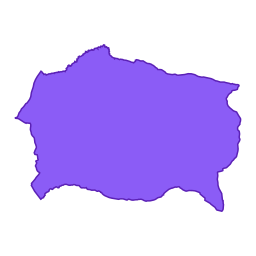 the district of Micfalau, Covasna, Romania
{"feature_id": "2599482B86222480171428", "entity_name": "Micfalau", "entity_type": "district", "adm_level": 2, "iso_a3": "ROU", "parent_name": "Romania", "parent_adm1": "Covasna", "projection": "natural_earth1", "projection_center": [25.868, 46.051], "detail": "fine", "context": "isolated", "style": "filled", "palette": "violet", "viewbox_px": 256, "rotation_deg": 0, "n_neighbors": 0, "source": "geoboundaries", "source_scale": "gbopen_adm2", "svg_char_len": 5614}
<svg xmlns="http://www.w3.org/2000/svg" viewBox="0 0 256 256"><path d="M232.5,160.7L233.4,160.1L234.6,158.4L235.6,157.7L236.5,156.6L237.9,150.9L238.1,148.9L237.7,144.5L237.9,143.7L239.5,140.9L239.9,139.6L239.8,138.9L239.3,137.9L239.2,137.0L239.6,134.0L239.3,131.8L239.1,131.1L237.9,130.0L237.6,129.3L237.6,127.7L238.0,126.6L239.9,124.3L239.9,122.9L240.5,121.0L240.6,119.1L240.4,118.4L238.3,115.1L236.6,112.0L233.4,110.8L229.7,107.7L228.0,105.8L227.3,104.1L227.1,102.1L227.2,101.5L227.2,101.1L226.5,99.9L226.3,98.6L226.4,98.0L227.2,97.1L228.1,95.2L229.4,93.7L230.9,92.7L231.5,92.1L231.8,91.0L232.9,90.4L234.9,90.2L236.8,89.6L237.4,89.3L237.8,87.5L238.3,86.6L239.0,85.9L238.9,85.3L238.7,85.0L237.8,84.6L235.3,84.6L234.8,84.2L234.3,84.3L233.3,84.1L232.6,83.6L231.2,83.9L230.7,83.9L229.2,83.3L226.2,82.7L224.2,82.1L220.4,82.1L217.0,81.0L215.5,80.8L213.0,79.4L211.0,78.6L203.5,77.0L201.9,77.2L198.0,76.4L194.9,74.7L191.4,73.8L188.1,73.7L184.8,74.5L178.3,75.2L177.1,75.1L175.7,74.4L174.9,74.2L172.2,74.6L167.5,73.9L165.9,73.1L165.0,71.9L161.7,69.8L160.9,69.6L157.8,69.5L156.9,68.2L155.4,67.4L155.2,67.0L153.4,65.5L152.1,64.9L151.6,64.4L149.4,63.6L147.9,63.5L146.7,63.2L143.1,60.9L140.6,61.0L138.5,60.1L136.5,59.7L135.9,60.0L135.8,60.4L135.4,60.4L135.4,61.4L135.2,61.5L133.9,62.4L133.8,62.7L133.4,62.8L132.8,62.4L131.4,62.2L129.7,61.4L126.1,60.3L123.4,60.0L123.0,59.6L122.6,59.5L120.2,59.2L119.4,59.6L119.0,59.3L118.4,59.2L117.8,58.6L117.5,58.7L115.6,58.3L114.6,58.8L114.5,58.0L113.9,58.0L112.8,57.5L112.4,57.1L111.8,57.0L111.2,56.0L110.8,55.9L109.4,54.5L109.6,53.4L109.1,53.2L109.0,52.0L109.4,51.3L109.1,51.1L109.2,50.7L108.9,50.1L109.1,49.6L108.7,49.3L108.9,49.0L108.4,48.7L108.6,48.5L108.5,48.3L107.8,48.2L107.7,48.0L107.9,47.8L107.4,47.8L106.9,47.3L106.6,47.3L106.7,47.0L106.6,46.8L106.0,47.1L105.5,47.0L105.3,46.7L104.8,46.8L104.8,46.0L104.4,45.6L104.6,45.2L103.9,44.8L103.5,45.0L102.7,46.2L102.2,46.2L102.2,46.5L100.8,46.2L100.6,46.9L100.2,47.0L100.3,47.4L98.7,47.0L98.5,47.3L98.0,47.4L97.8,47.8L97.2,48.0L97.5,48.7L96.5,48.1L96.1,48.1L95.7,48.4L94.5,48.5L94.2,48.9L94.1,49.6L93.7,50.1L92.6,49.8L92.4,50.2L92.2,50.2L91.8,49.7L91.6,50.0L91.4,49.9L91.1,50.1L90.2,50.2L90.1,50.5L89.6,50.8L88.9,50.7L88.7,50.3L88.4,50.3L88.1,50.6L88.1,51.7L87.9,52.0L87.1,52.4L86.8,52.3L86.5,51.6L85.6,51.5L85.7,52.6L85.5,52.9L84.8,53.1L84.4,53.6L84.0,53.6L83.8,54.1L83.0,54.3L83.1,55.0L82.2,55.4L82.0,55.7L80.9,56.4L79.6,56.6L79.3,56.3L79.1,56.7L78.8,56.6L78.3,56.9L78.5,57.8L78.1,58.0L78.1,58.5L77.7,59.0L77.0,59.1L77.2,59.5L77.0,59.8L77.2,60.1L76.8,60.3L77.0,60.6L76.8,61.8L75.7,62.1L75.1,61.5L74.8,61.4L74.6,62.5L72.3,63.8L71.8,64.4L71.7,65.2L70.4,65.7L70.6,66.2L70.4,66.2L69.9,65.7L69.4,66.0L69.2,65.9L69.1,65.2L68.9,65.1L67.9,65.8L67.9,66.8L67.4,67.2L67.3,67.6L67.0,67.7L66.8,68.3L66.3,68.5L66.7,69.2L66.7,69.8L65.0,71.0L65.1,71.5L63.1,71.1L62.7,71.5L61.4,71.8L59.9,71.8L59.1,72.3L58.3,71.8L57.9,72.4L57.2,72.5L56.3,72.4L55.2,72.8L54.5,72.8L54.1,73.4L53.4,73.1L52.8,73.2L51.8,73.5L51.4,73.3L50.6,73.8L48.7,73.9L47.9,74.5L47.3,74.5L46.3,75.0L46.0,74.9L45.8,74.3L45.5,74.1L44.7,74.1L43.9,74.5L43.3,73.4L42.4,73.0L42.3,72.3L41.0,71.2L37.3,76.5L35.5,79.6L34.0,83.2L33.2,87.1L31.4,92.5L30.8,96.6L29.7,99.3L27.2,102.9L25.8,103.7L23.7,106.7L21.4,109.0L20.7,110.7L19.1,112.8L18.0,115.9L17.3,117.1L15.4,117.8L15.5,118.3L17.6,118.5L18.8,118.9L24.6,122.6L26.0,123.2L26.1,122.9L30.2,123.3L30.7,124.4L30.8,125.9L30.5,127.8L30.4,129.8L31.1,132.1L31.4,134.1L32.3,135.7L34.1,137.6L34.4,138.7L34.9,142.6L35.6,144.3L36.3,146.4L36.3,147.9L35.1,150.3L34.2,152.8L34.9,154.4L37.2,154.8L37.5,155.9L37.8,158.6L38.2,159.3L37.9,160.1L35.9,161.0L35.9,161.5L36.7,162.8L36.7,163.1L35.5,165.7L35.5,166.1L36.4,167.9L36.5,168.9L37.2,170.7L38.1,171.7L39.7,172.7L39.7,173.0L38.5,174.8L36.2,177.4L35.0,179.3L32.0,182.8L31.5,183.4L31.8,184.4L31.3,185.3L34.6,191.2L40.8,199.3L41.0,199.2L41.4,198.6L42.0,198.2L43.6,197.6L43.7,196.7L44.3,196.4L44.6,195.6L45.1,195.2L44.8,194.5L45.0,193.7L45.3,193.3L45.9,193.1L46.4,192.4L48.1,191.8L48.3,191.4L49.0,191.1L49.3,189.7L50.0,189.0L50.9,188.7L52.1,189.4L52.6,189.3L53.9,188.0L54.8,187.6L55.6,187.0L56.3,186.8L58.0,187.8L58.9,187.7L59.2,187.3L59.2,186.5L59.5,186.3L61.0,186.0L61.8,185.3L63.4,185.1L64.1,184.5L65.5,184.3L66.7,184.4L68.4,185.1L70.0,185.3L71.2,185.0L72.3,185.1L73.6,184.6L75.0,184.7L76.2,185.4L79.2,185.6L80.7,187.5L81.7,187.9L83.3,187.8L85.2,188.0L86.2,187.6L87.2,189.1L87.7,189.4L89.9,189.6L91.6,190.2L94.9,190.1L96.9,191.2L97.7,191.3L98.7,190.9L100.6,191.9L100.7,192.4L101.6,192.6L102.3,193.7L103.5,194.8L104.9,195.7L109.1,197.5L111.9,198.2L118.6,199.3L120.7,198.8L123.2,198.9L126.6,200.0L127.5,199.9L128.1,199.3L128.7,199.1L131.9,200.1L133.4,200.1L135.4,199.8L137.7,199.7L138.7,199.3L139.4,199.4L140.9,199.2L142.4,199.6L144.2,200.6L146.1,201.2L147.1,200.9L150.3,200.8L153.4,200.1L154.9,199.6L156.5,198.7L157.6,197.8L161.1,196.9L162.1,195.9L162.4,195.2L163.6,194.9L163.7,193.7L165.4,192.1L168.9,189.3L171.5,188.2L172.4,188.1L175.2,187.0L176.1,187.2L179.0,186.7L179.9,187.4L180.2,188.0L181.2,188.4L182.9,189.8L185.5,191.0L186.6,191.1L189.0,190.5L192.7,190.6L195.2,190.9L199.3,192.4L199.9,192.8L200.2,194.1L203.5,196.9L204.8,197.8L205.0,198.7L204.9,200.3L210.1,203.3L211.1,204.4L215.0,207.3L216.6,209.8L217.2,210.1L221.8,211.2L222.4,210.7L223.1,209.2L223.5,204.6L223.2,203.4L223.1,201.4L223.0,201.5L222.4,199.7L221.7,193.5L218.9,188.4L218.0,185.2L217.9,182.6L217.3,179.2L217.8,175.8L217.5,172.4L218.0,171.9L220.9,171.3L222.7,170.7L222.9,170.3L222.7,169.0L222.8,168.8L224.0,168.2L225.9,167.9L226.7,167.5L230.2,164.2L230.7,163.5L231.3,162.3L232.5,160.7Z" fill="#8b5cf6" stroke="#5b21b6" stroke-width="1.5"/></svg>